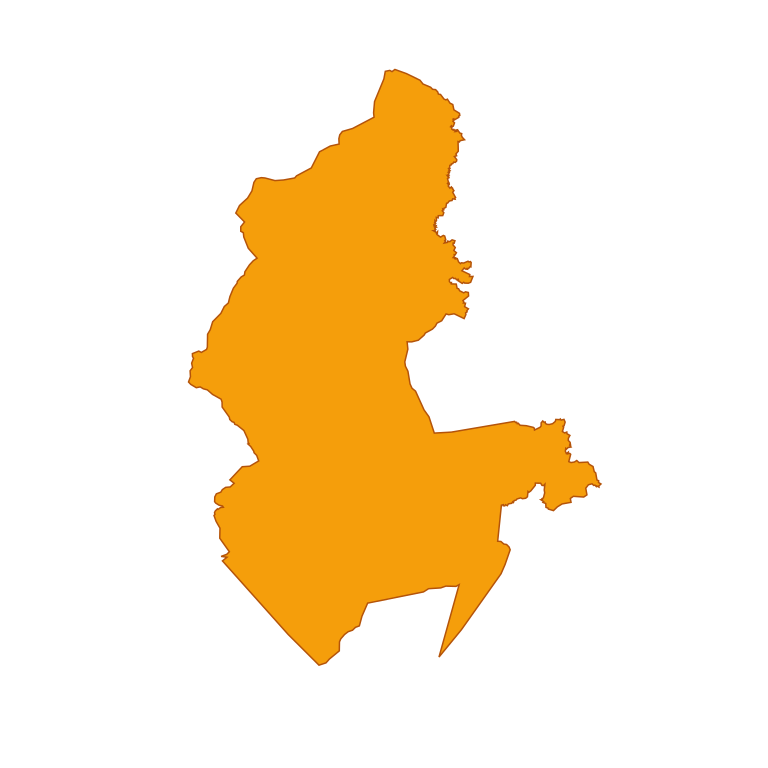 the district of Sunyani Municipal, Brong Ahafo, Ghana, rotated 317°
{"feature_id": "2480657B55840347650819", "entity_name": "Sunyani Municipal", "entity_type": "district", "adm_level": 2, "iso_a3": "GHA", "parent_name": "Ghana", "parent_adm1": "Brong Ahafo", "projection": "orthographic", "projection_center": [-2.299, 7.228], "detail": "fine", "context": "isolated", "style": "filled", "palette": "amber", "viewbox_px": 768, "rotation_deg": 317, "n_neighbors": 0, "source": "geoboundaries", "source_scale": "gbopen_adm2", "svg_char_len": 6171}
<svg xmlns="http://www.w3.org/2000/svg" viewBox="0 0 768 768"><g transform="rotate(317 384 384)"><path d="M623.8,237.5L622.1,231.2L624.9,226.5L623.8,223.6L624.6,218.9L623.0,218.4L622.2,216.5L622.8,210.8L621.5,209.1L622.5,207.0L622.5,203.9L620.5,201.6L620.5,198.8L617.1,191.2L617.5,186.4L612.1,172.3L606.5,161.4L602.9,161.0L602.1,158.6L598.2,156.2L592.0,160.8L569.7,171.0L561.3,178.6L558.7,182.1L535.3,175.7L525.8,170.9L521.6,171.6L518.3,173.8L514.8,177.9L507.0,173.3L495.2,170.2L478.2,176.4L462.0,172.1L459.2,172.4L449.7,166.3L443.0,160.9L437.5,152.2L435.0,149.4L430.6,146.8L426.4,147.8L419.1,152.7L411.0,155.0L400.1,154.9L392.2,157.9L392.5,170.4L386.5,171.3L383.4,174.6L384.3,177.4L381.7,180.9L377.3,192.2L377.0,205.4L372.4,204.7L366.9,205.1L358.9,207.0L356.2,209.1L352.5,208.3L346.7,208.9L345.3,210.1L339.2,211.2L330.9,215.0L325.4,218.6L320.1,218.4L312.8,221.1L301.2,221.6L293.9,225.8L288.9,227.3L279.9,236.6L277.8,237.7L271.9,236.3L271.0,233.6L264.6,231.1L262.7,233.3L262.2,235.3L257.5,237.6L255.2,241.4L251.2,242.1L247.4,246.7L242.4,249.2L242.4,252.5L244.2,258.7L247.6,260.8L248.6,264.3L250.8,267.8L251.5,274.7L254.5,284.0L253.3,286.7L249.9,290.5L248.3,302.6L247.0,304.8L247.2,308.1L248.2,309.8L247.4,311.7L248.6,314.1L249.8,322.5L246.8,331.5L244.7,334.2L244.7,335.3L243.6,335.0L243.9,338.8L242.9,344.4L242.1,345.6L242.2,349.4L239.9,354.8L229.8,352.6L223.9,347.8L205.9,349.0L206.7,354.4L201.3,354.4L197.7,351.6L193.7,351.0L190.9,351.8L186.5,350.0L183.2,351.2L179.9,354.5L179.7,356.3L180.7,360.1L182.7,363.1L182.4,364.6L180.3,362.9L177.1,362.5L177.0,361.7L174.0,361.8L172.3,362.5L171.4,364.1L170.0,364.2L167.5,370.0L165.7,377.6L158.7,384.8L156.5,401.2L152.8,401.3L147.3,399.0L151.0,403.6L145.2,403.2L143.1,501.8L144.7,545.3L151.4,548.4L156.4,547.9L169.3,548.7L175.6,542.2L178.6,540.9L184.3,540.3L188.8,540.7L193.1,542.6L197.2,542.5L201.0,544.1L209.5,538.8L222.6,533.1L271.1,563.0L277.0,564.1L286.4,571.8L291.4,574.0L298.6,581.1L302.1,582.0L238.0,621.2L273.0,616.5L340.2,602.6L349.4,598.6L363.2,591.3L364.3,588.5L364.2,585.0L362.5,582.8L362.1,578.9L359.9,576.5L387.2,552.7L388.9,553.6L388.2,554.4L389.2,555.5L390.5,555.1L391.2,557.1L393.2,556.5L396.1,558.4L397.8,557.9L397.9,558.9L399.7,558.0L401.4,559.0L402.9,558.8L406.3,560.5L407.0,562.3L409.7,564.2L412.0,564.3L416.0,560.8L416.1,562.0L418.4,562.3L425.5,561.3L427.1,559.7L430.9,563.4L430.4,565.9L431.4,567.1L433.3,567.0L428.9,570.8L427.3,573.2L422.9,576.0L421.4,575.6L421.1,576.4L419.8,575.6L420.6,578.9L419.5,579.0L420.8,581.7L418.3,584.7L419.3,586.6L418.9,587.6L421.6,592.2L427.1,592.1L432.5,593.2L440.1,598.1L442.2,594.8L445.9,595.3L453.0,602.9L456.8,603.5L460.5,597.8L464.8,597.1L468.1,598.9L468.2,601.2L469.3,601.8L469.3,603.8L470.0,603.6L470.9,606.0L471.6,605.1L474.5,605.1L473.7,602.3L475.0,601.2L474.3,599.4L478.2,593.4L478.0,591.5L480.6,586.9L479.3,582.6L479.8,580.1L473.0,574.4L472.8,571.4L470.0,570.9L467.2,569.0L466.2,566.8L472.6,562.7L472.5,561.3L470.9,560.5L472.2,559.5L469.9,559.3L470.8,556.8L473.0,555.1L473.0,556.1L475.2,556.0L477.8,557.6L478.0,555.3L478.7,554.9L479.0,555.6L480.3,553.6L480.3,550.9L481.9,549.4L484.9,548.4L483.9,545.2L484.9,543.8L482.7,543.0L482.1,540.4L485.7,538.3L486.1,536.9L487.1,537.4L490.5,535.4L491.5,532.6L488.9,531.2L489.1,529.8L488.1,529.8L485.5,527.1L483.7,528.2L480.2,528.0L477.2,526.3L475.6,524.5L475.2,523.0L476.0,521.7L475.0,521.1L474.9,519.3L472.4,519.6L470.3,521.8L468.6,522.1L462.7,520.3L463.8,518.8L463.6,517.5L459.6,511.5L455.4,507.0L455.4,504.2L454.4,503.9L454.9,502.4L454.0,501.9L454.0,500.4L400.4,465.1L387.3,454.2L394.5,438.7L395.6,430.3L402.2,410.7L401.6,406.2L403.1,401.7L410.2,391.0L411.8,385.6L414.3,382.0L425.2,374.8L429.7,368.9L433.0,372.1L439.0,375.4L446.8,375.6L449.0,374.9L456.9,376.9L461.1,376.7L464.2,375.6L469.3,377.1L477.2,375.1L478.6,377.5L483.2,380.5L487.2,390.8L491.2,389.1L492.2,387.6L494.0,387.9L494.5,386.9L497.0,386.6L495.7,382.4L498.7,380.5L497.3,378.9L498.3,378.6L498.6,376.8L505.9,377.3L508.1,374.6L506.5,372.2L504.5,371.7L502.9,367.4L503.5,365.2L502.7,363.9L505.0,360.2L501.5,356.7L502.5,355.8L501.7,355.3L501.7,353.7L503.1,352.1L506.9,352.9L507.0,354.6L508.3,355.5L508.1,357.2L509.0,357.6L508.7,358.4L509.5,358.3L508.8,359.8L509.8,363.8L511.7,364.0L511.8,365.2L514.4,367.8L516.7,368.7L522.4,366.0L519.8,363.7L521.4,362.5L518.2,354.3L521.8,353.8L521.9,355.4L523.2,356.9L523.5,356.2L524.7,357.2L527.0,356.9L527.4,357.6L530.6,354.6L530.7,353.4L529.4,352.8L529.2,351.5L524.8,349.9L523.2,348.1L522.0,348.1L521.8,345.6L523.1,342.3L521.3,341.1L521.3,340.3L522.2,340.3L520.8,338.7L523.0,338.3L523.6,337.3L524.2,338.0L526.5,337.4L526.1,334.0L529.2,332.8L529.3,329.4L530.7,328.1L531.3,328.9L533.6,327.6L532.1,325.0L529.3,324.8L528.0,322.9L527.1,323.8L524.2,322.0L526.2,321.6L526.3,320.5L527.5,320.7L529.3,317.2L528.7,315.8L525.5,315.1L524.7,310.8L525.0,309.9L525.8,310.2L527.0,309.1L525.7,309.2L524.7,305.6L526.0,306.7L526.5,305.9L527.2,306.2L527.5,304.4L529.0,304.9L528.2,303.5L528.9,304.2L530.0,303.8L528.4,302.7L529.0,301.6L529.8,302.2L531.3,301.8L530.6,300.1L531.4,300.8L532.5,299.5L532.4,300.5L533.8,300.3L535.9,297.8L536.9,299.4L538.5,297.9L541.8,300.9L544.6,299.5L544.7,297.1L545.6,297.2L546.3,296.1L546.7,297.2L547.7,296.4L549.7,297.0L553.0,294.5L554.0,295.1L556.6,294.7L558.9,296.2L560.5,295.4L562.0,297.3L562.3,296.4L563.5,296.5L565.0,290.6L567.0,290.3L567.3,287.7L568.3,287.5L567.4,287.3L567.7,285.8L565.8,285.7L566.0,283.0L568.1,282.4L568.6,281.4L567.2,281.6L567.2,280.6L568.6,280.6L570.6,277.0L572.0,277.4L572.3,275.1L572.8,276.1L573.2,274.8L574.0,275.5L574.2,274.5L576.0,273.9L575.5,272.9L577.7,273.1L577.3,271.7L579.0,271.4L578.5,270.5L579.5,270.6L581.2,269.0L582.7,269.6L583.4,269.0L584.5,269.7L586.4,269.3L587.2,270.5L589.1,270.5L590.2,269.6L590.6,265.6L592.8,266.6L593.5,264.8L597.1,264.4L603.5,257.2L604.2,258.4L605.7,258.0L609.5,260.3L609.5,256.9L610.2,254.9L611.6,253.9L610.6,252.1L611.1,248.8L609.5,248.9L608.2,247.9L610.2,247.6L608.7,246.7L608.7,245.5L607.8,245.6L607.4,243.8L608.7,242.6L608.1,241.3L609.4,241.1L609.3,242.2L610.5,242.7L613.7,241.1L613.6,238.8L614.7,238.6L615.1,237.4L615.9,237.7L615.4,238.8L620.6,240.0L621.3,239.0L622.6,239.3L623.8,237.5Z" fill="#f59e0b" stroke="#b45309" stroke-width="1.5"/></g></svg>